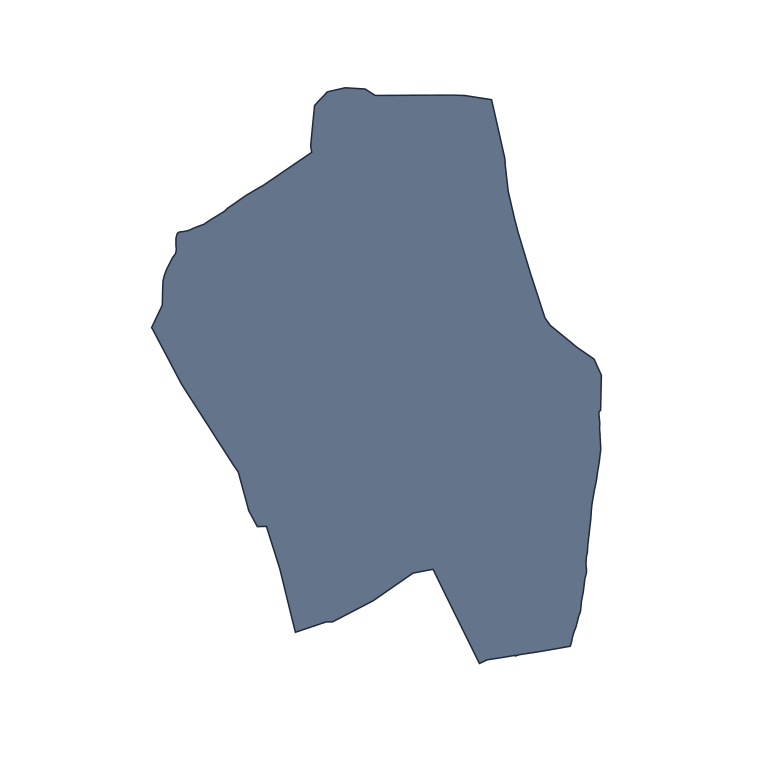 outline of Mayfa'at Ans, Dhamar, Yemen, rotated 347°
{"feature_id": "15242507B32732575993939", "entity_name": "Mayfa'at Ans", "entity_type": "district", "adm_level": 2, "iso_a3": "YEM", "parent_name": "Yemen", "parent_adm1": "Dhamar", "projection": "natural_earth1", "projection_center": [44.633, 14.515], "detail": "fine", "context": "isolated", "style": "filled", "palette": "slate", "viewbox_px": 768, "rotation_deg": 347, "n_neighbors": 0, "source": "geoboundaries", "source_scale": "gbopen_adm2", "svg_char_len": 2692}
<svg xmlns="http://www.w3.org/2000/svg" viewBox="0 0 768 768"><g transform="rotate(347 384 384)"><path d="M506.5,681.4L507.9,679.1L509.1,676.7L510.2,674.2L511.4,671.8L512.8,669.4L514.2,667.1L516.1,664.5L517.5,661.8L519.1,658.9L520.3,656.4L521.6,653.9L523.5,651.2L524.9,648.3L525.6,645.8L526.6,643.2L527.4,640.5L528.7,637.5L530.1,634.4L531.5,631.2L532.5,628.5L533.5,625.7L534.7,622.4L535.3,620.7L535.8,619.2L537.5,616.0L538.9,613.2L539.2,611.9L539.5,610.7L539.6,610.3L540.0,606.6L540.6,603.7L541.5,600.8L542.6,597.3L544.3,593.9L545.5,589.8L546.3,586.8L547.7,583.1L548.2,581.6L548.6,580.3L549.8,577.4L550.9,574.1L551.9,571.1L552.6,569.2L553.3,567.4L554.3,564.5L555.3,561.6L555.9,559.5L556.3,558.3L557.2,555.2L558.5,551.2L559.5,548.3L560.7,545.3L562.4,541.2L563.7,538.2L565.0,535.1L566.7,531.4L568.4,527.8L568.7,527.0L569.5,525.2L569.8,524.4L571.0,521.3L572.2,518.0L573.5,514.9L573.6,514.7L574.7,512.1L575.9,509.1L577.0,506.3L577.9,503.5L579.2,500.1L580.4,496.8L580.5,496.6L582.5,485.4L582.5,485.0L582.5,484.8L583.2,481.7L583.6,478.5L584.0,476.2L584.4,474.4L585.3,471.5L585.8,468.3L586.2,465.2L586.6,461.9L587.2,459.5L589.1,458.4L589.5,456.9L597.8,424.4L594.3,407.0L580.4,391.8L559.2,364.3L555.7,355.8L551.6,308.8L548.8,266.5L548.5,255.2L548.4,255.2L548.4,233.2L548.4,227.5L548.4,224.1L550.8,203.0L551.6,195.9L551.9,195.7L552.4,191.1L552.5,190.9L552.8,131.2L527.7,121.1L516.0,118.0L494.0,113.0L488.9,111.8L473.4,108.3L457.7,104.8L440.3,100.8L439.8,100.3L433.9,94.3L432.1,92.4L427.9,91.1L415.4,87.4L412.6,86.6L395.0,86.6L394.5,86.6L391.4,88.7L391.3,88.9L384.7,93.1L379.0,97.0L377.5,101.4L374.0,111.8L366.1,135.4L365.7,142.0L335.6,153.7L310.5,163.5L307.4,164.3L292.8,168.9L287.0,171.2L271.2,177.5L267.4,179.8L252.4,184.8L245.8,187.3L245.3,187.7L238.4,188.6L233.2,189.4L228.6,190.4L223.5,190.4L219.4,189.9L217.7,190.1L216.9,190.5L216.4,190.9L215.3,192.8L214.0,195.3L213.5,197.6L212.4,202.3L211.9,206.3L210.3,209.9L205.7,214.0L205.2,214.7L197.7,223.7L194.3,228.9L191.9,233.7L189.3,243.2L185.7,257.3L170.2,276.8L170.9,278.7L175.3,295.5L177.8,304.9L180.3,314.3L180.5,315.3L181.3,318.2L183.6,327.0L184.6,330.8L186.0,336.0L186.5,338.1L192.0,353.6L196.0,364.7L202.6,383.1L203.0,384.1L208.2,398.9L208.6,400.1L211.9,409.1L219.2,429.5L222.2,437.1L222.8,452.7L223.6,473.5L223.7,477.0L228.5,494.5L237.4,496.3L240.9,541.0L241.5,587.0L241.8,606.0L274.2,602.8L276.7,603.4L278.9,603.9L280.3,604.2L316.1,595.0L322.1,593.4L324.6,592.8L356.9,579.9L360.2,578.6L369.7,574.8L378.5,575.1L390.1,575.6L400.7,621.1L401.9,626.1L414.1,677.8L422.3,676.0L423.0,676.0L437.7,677.1L450.7,677.9L450.5,678.3L450.7,678.6L454.9,678.2L473.7,679.6L479.6,680.0L506.5,681.4Z" fill="#64748b" stroke="#1e293b" stroke-width="1.5"/></g></svg>